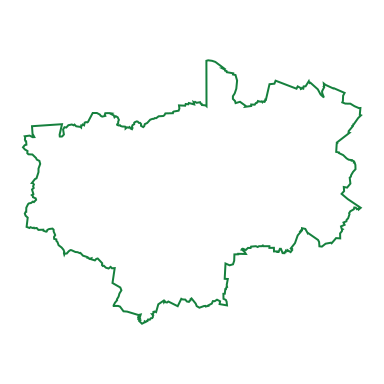 outline of Fresnillo, Zacatecas, Mexico
{"feature_id": "50627088B93834363846203", "entity_name": "Fresnillo", "entity_type": "district", "adm_level": 2, "iso_a3": "MEX", "parent_name": "Mexico", "parent_adm1": "Zacatecas", "projection": "orthographic", "projection_center": [-103.067, 23.225], "detail": "fine", "context": "isolated", "style": "outline", "palette": "green", "viewbox_px": 384, "rotation_deg": 0, "n_neighbors": 0, "source": "geoboundaries", "source_scale": "gbopen_adm2", "svg_char_len": 5950}
<svg xmlns="http://www.w3.org/2000/svg" viewBox="0 0 384 384"><path d="M333.8,88.2L333.4,88.5L325.4,84.8L323.8,83.5L324.1,86.2L323.7,86.5L324.2,87.2L322.1,91.2L322.2,93.1L323.9,97.5L320.6,94.5L317.8,89.3L310.4,82.7L309.8,83.1L309.2,82.6L308.8,81.2L305.6,86.3L303.7,86.4L303.3,88.5L302.3,87.9L302.0,88.6L300.9,89.0L300.8,88.1L297.7,86.4L296.5,88.7L275.6,80.7L274.4,83.7L269.5,84.2L265.9,99.8L265.3,99.6L264.9,101.4L264.3,101.3L264.1,101.9L262.2,101.5L262.1,102.0L261.5,101.4L260.3,101.7L258.1,101.1L258.1,101.7L257.4,101.9L256.7,103.0L255.8,103.1L254.7,104.7L251.2,104.5L251.2,106.0L245.2,106.8L245.8,106.0L240.0,101.8L235.6,103.1L235.0,101.0L232.9,98.9L232.9,96.2L234.7,93.4L236.3,88.7L237.1,80.6L235.5,75.0L233.0,74.5L233.2,73.3L226.8,72.2L226.6,71.1L225.1,70.7L224.7,69.5L222.5,68.4L223.9,68.3L215.3,61.9L212.0,60.8L208.2,60.3L206.4,60.8L206.5,106.2L205.6,105.4L201.9,105.0L201.6,103.8L200.7,103.7L200.1,102.2L196.7,102.8L195.1,101.9L194.4,102.6L193.6,102.1L194.2,104.4L188.8,103.0L188.3,104.3L185.7,104.0L185.2,105.7L179.0,105.4L179.4,108.6L178.6,110.7L173.9,111.5L173.1,112.0L172.9,113.2L165.4,113.4L164.3,115.3L163.2,116.0L158.6,116.3L156.3,118.1L154.7,118.1L153.7,118.9L152.4,118.9L150.2,119.7L147.2,123.0L144.8,124.1L144.2,126.2L143.2,127.1L141.0,125.8L141.1,124.1L140.1,122.9L138.9,122.9L137.7,121.6L136.7,121.4L134.8,122.2L134.2,122.8L134.2,124.2L132.6,125.1L132.2,126.0L131.9,127.5L132.5,128.0L132.0,129.2L130.5,128.5L129.5,127.0L128.3,127.7L127.0,127.3L125.6,128.5L125.6,127.1L125.0,126.6L122.3,126.5L120.6,126.0L119.9,125.2L118.9,125.5L117.3,125.0L117.1,124.4L118.2,123.1L118.2,121.5L118.9,119.9L117.7,117.3L115.8,116.2L114.5,117.3L113.8,115.4L111.2,114.1L112.0,113.5L109.5,113.1L105.3,113.2L104.8,114.6L105.3,115.9L102.2,116.6L100.7,115.8L99.9,114.6L96.9,113.0L92.7,113.0L88.0,121.9L87.3,122.4L86.1,122.1L84.7,122.6L84.1,125.3L82.7,124.5L82.2,125.4L81.2,125.4L81.1,127.5L80.4,126.9L76.2,126.3L74.5,124.6L73.7,125.3L71.8,124.5L68.4,125.2L66.3,127.5L64.5,127.2L63.1,129.5L63.9,134.5L62.2,136.4L61.1,136.6L59.8,136.5L59.6,134.7L62.0,124.2L32.0,126.2L32.6,134.8L33.1,134.8L34.3,137.1L32.7,137.2L29.6,135.6L24.7,136.3L25.2,137.4L24.9,139.4L25.3,140.8L26.1,141.2L26.4,144.7L24.7,145.2L23.0,147.3L24.8,149.4L27.5,151.0L27.3,153.2L28.4,154.3L32.4,154.5L36.0,158.0L36.8,159.6L39.4,160.9L40.2,163.9L38.5,168.6L38.5,172.1L36.5,178.3L34.9,179.1L31.9,183.0L32.9,183.1L33.9,184.5L33.1,186.2L33.7,188.0L32.0,189.5L33.4,194.1L31.8,195.1L32.9,196.1L33.0,197.2L35.7,198.4L36.1,199.8L33.9,202.1L32.9,201.6L31.0,203.0L28.9,203.4L28.1,204.1L26.3,207.7L26.2,211.8L25.7,211.8L24.8,213.6L25.6,215.7L27.7,217.6L26.6,226.9L29.5,228.0L30.4,227.2L32.6,228.0L33.9,227.7L34.3,228.3L36.7,228.0L38.4,229.9L43.3,229.7L43.4,230.7L46.1,231.7L46.7,231.5L47.4,229.9L49.2,229.0L52.5,228.6L53.6,229.7L53.7,231.6L55.2,235.1L54.0,237.0L54.2,238.9L56.3,239.4L56.4,240.9L57.5,242.1L58.6,245.2L61.6,247.5L63.5,249.8L64.2,251.7L63.9,253.1L64.3,254.6L64.8,253.5L66.8,253.5L68.8,251.2L70.4,250.1L71.5,250.2L75.4,252.0L77.6,252.2L79.7,253.1L80.4,252.9L83.0,255.7L87.2,257.0L87.7,257.3L87.5,257.8L88.8,258.1L89.4,258.9L91.3,258.3L91.0,259.2L94.9,260.4L96.3,258.9L97.7,258.5L102.2,263.2L102.0,265.1L102.8,266.0L103.8,265.7L105.9,267.7L108.6,268.5L110.6,266.9L112.0,268.3L114.7,268.1L112.5,283.0L120.3,287.5L121.4,290.3L119.4,293.6L118.6,296.6L116.9,299.4L117.1,300.2L115.0,302.7L113.6,305.4L113.7,306.0L118.0,305.9L120.0,306.6L123.5,311.3L127.1,311.6L138.4,315.0L140.7,314.5L139.9,317.0L138.5,316.6L138.2,317.3L137.4,317.3L139.0,318.1L138.6,318.9L139.8,318.9L139.4,319.8L140.2,320.2L139.2,321.0L142.0,323.7L144.5,322.4L144.7,321.4L145.7,322.0L147.0,320.8L147.5,321.0L148.1,319.5L149.8,319.7L150.8,318.3L152.2,318.1L152.9,317.0L152.9,315.3L152.2,314.4L153.0,314.5L152.7,313.6L154.0,312.3L153.7,311.8L154.8,311.5L156.1,312.1L158.3,304.3L163.6,300.7L164.0,302.3L164.8,301.2L165.6,302.2L167.0,302.5L168.3,301.5L177.7,306.2L181.3,298.8L182.4,299.4L185.3,299.6L186.9,301.5L188.9,301.9L189.4,301.0L190.4,300.5L190.5,299.2L191.5,298.4L195.7,303.6L196.7,306.1L199.4,307.7L204.1,306.0L205.4,305.9L205.7,306.5L208.3,305.9L208.1,305.5L211.8,303.6L212.9,301.1L214.7,301.2L217.0,299.7L220.1,301.3L219.6,304.1L227.0,305.4L226.6,301.6L225.8,299.9L223.5,298.8L223.4,293.8L224.8,293.7L225.3,289.1L226.0,289.1L226.4,287.2L227.1,287.0L226.7,285.0L227.8,279.0L224.7,278.8L225.5,263.5L229.6,265.3L233.0,264.3L234.2,260.7L234.4,254.4L238.2,254.3L238.2,253.8L245.9,254.0L244.8,252.2L242.3,249.8L241.6,249.7L241.9,249.1L242.8,248.7L245.8,250.0L248.0,247.9L250.6,248.0L251.1,246.6L255.9,246.2L257.7,247.0L259.0,246.2L261.7,246.2L262.8,245.5L263.2,246.2L269.4,246.2L269.4,247.9L273.9,247.8L274.0,251.4L277.3,251.4L277.3,252.0L278.6,252.0L279.9,248.8L280.9,248.8L282.6,253.1L284.4,253.2L284.6,252.2L285.6,252.2L285.9,250.5L287.5,251.0L287.6,250.2L290.6,252.1L292.2,250.0L291.4,249.2L291.8,248.7L290.9,248.3L295.0,243.1L297.7,235.4L301.0,231.5L300.3,231.3L301.5,229.8L302.0,229.9L302.0,228.2L305.3,228.9L307.7,233.2L307.9,232.9L318.1,240.0L319.1,242.0L319.4,246.3L321.9,246.6L325.6,243.7L330.9,242.7L331.6,243.3L336.1,238.1L340.2,238.4L340.1,233.4L341.9,231.2L342.0,229.9L342.7,229.3L341.7,228.8L341.0,226.4L344.6,224.8L343.5,222.5L346.4,221.3L346.7,219.7L348.1,218.4L349.5,214.2L349.1,213.2L350.3,211.3L353.8,209.3L354.3,207.5L355.8,207.7L356.9,209.2L358.4,208.6L358.7,209.5L360.7,207.8L347.8,199.1L341.6,193.9L344.1,191.1L343.8,187.0L347.1,187.6L350.4,183.6L349.7,177.7L350.9,176.6L351.1,175.2L353.1,171.8L355.5,169.2L355.4,165.0L354.6,162.5L353.9,162.5L354.0,161.4L353.0,160.8L351.7,160.7L351.8,160.1L348.7,159.7L346.6,158.4L343.2,155.1L339.0,153.1L339.0,152.5L336.2,151.9L336.7,143.8L337.3,143.2L336.9,142.5L349.5,132.8L348.5,132.5L348.7,131.1L352.3,126.8L352.3,126.0L352.9,126.0L353.3,124.4L353.7,124.4L358.2,118.0L361.0,115.3L359.8,114.8L360.4,108.0L358.9,108.1L354.5,106.2L350.4,103.7L345.3,103.6L342.3,102.4L342.9,101.0L343.1,95.7L344.6,92.9L333.8,88.2Z" fill="none" stroke="#15803d" stroke-width="2"/></svg>